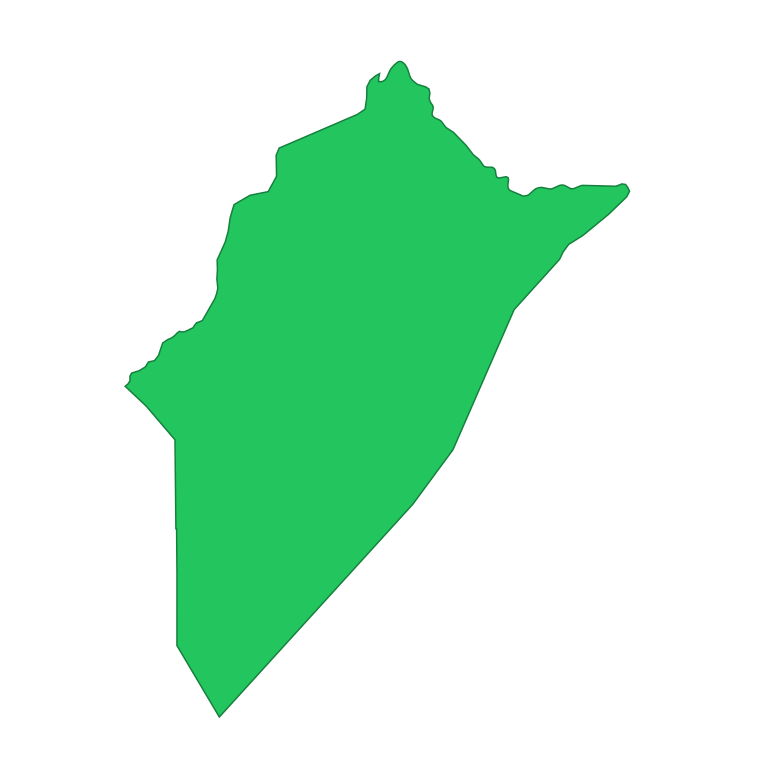 map outline of Brakna (Equal Earth projection), rotated 176°
{"feature_id": "MRT-2784", "entity_name": "Brakna", "entity_type": "Region", "adm_level": 1, "iso_a3": "MRT", "parent_name": "Mauritania", "parent_adm1": "", "projection": "equal_earth", "projection_center": [-13.723, 17.338], "detail": "fine", "context": "isolated", "style": "filled", "palette": "green", "viewbox_px": 768, "rotation_deg": 176, "n_neighbors": 0, "source": "natural_earth", "source_scale": "10m", "svg_char_len": 1934}
<svg xmlns="http://www.w3.org/2000/svg" viewBox="0 0 768 768"><g transform="rotate(176 384 384)"><path d="M132.7,567.0L129.1,566.2L127.0,562.9L125.6,559.1L128.8,553.8L148.0,537.7L174.8,518.6L190.1,510.3L196.0,503.4L200.1,496.2L201.4,494.9L249.0,449.1L319.8,313.6L363.8,261.9L418.6,209.5L571.5,63.3L608.8,137.5L603.7,210.0L601.0,254.1L601.7,254.1L596.4,342.9L622.9,378.7L642.4,399.8L639.4,401.9L637.2,404.8L636.9,409.6L635.0,412.5L627.4,414.3L621.0,417.6L617.4,422.4L611.4,423.3L607.0,428.1L601.9,440.4L596.7,443.4L592.6,444.8L589.0,447.2L586.8,449.3L584.4,450.8L581.9,450.0L579.3,450.0L570.6,453.4L568.9,455.8L566.7,458.1L560.8,459.9L546.8,480.9L544.7,485.7L543.1,491.1L543.4,500.5L542.2,509.6L541.8,519.4L532.5,536.7L528.8,547.1L525.8,560.8L521.1,573.4L504.5,581.6L486.1,584.0L476.7,598.7L475.6,619.8L472.1,626.7L392.0,654.7L383.7,659.5L381.4,670.2L380.3,681.7L376.6,687.9L370.9,692.0L366.8,693.9L367.9,689.5L368.3,686.1L366.5,685.8L364.6,685.9L362.9,686.6L361.2,687.8L359.8,689.7L356.3,696.2L354.9,698.2L351.8,701.3L348.6,703.7L347.0,704.5L345.4,704.7L343.8,704.1L342.0,702.7L340.4,700.7L339.2,698.4L338.3,695.9L336.6,688.8L335.6,686.6L334.3,684.8L331.2,681.8L329.6,680.5L321.9,677.6L318.6,675.2L317.9,671.0L318.9,666.3L318.8,664.1L317.9,661.7L316.0,658.4L315.6,656.7L316.0,654.5L317.2,650.4L317.1,648.6L315.9,646.8L314.1,645.5L310.2,643.5L308.5,642.1L305.1,636.7L303.7,635.1L297.2,630.2L285.6,616.5L278.9,606.4L274.3,602.2L272.9,600.5L269.6,594.8L268.0,593.6L265.8,593.1L261.0,592.7L259.0,591.4L258.0,589.4L257.7,584.7L257.1,582.6L255.2,581.4L247.7,582.3L245.8,581.2L245.5,579.2L246.5,574.2L246.6,571.3L245.8,569.4L244.3,568.0L231.9,561.7L228.0,562.0L226.1,562.9L221.0,566.9L219.1,568.1L217.0,568.8L214.9,569.1L212.8,569.1L204.8,566.9L202.8,567.0L194.5,570.0L192.4,570.1L190.2,569.6L184.7,566.2L183.0,565.6L181.0,565.7L174.4,567.9L172.1,568.3L138.7,565.1L132.7,567.0Z" fill="#22c55e" stroke="#15803d" stroke-width="1.5"/></g></svg>